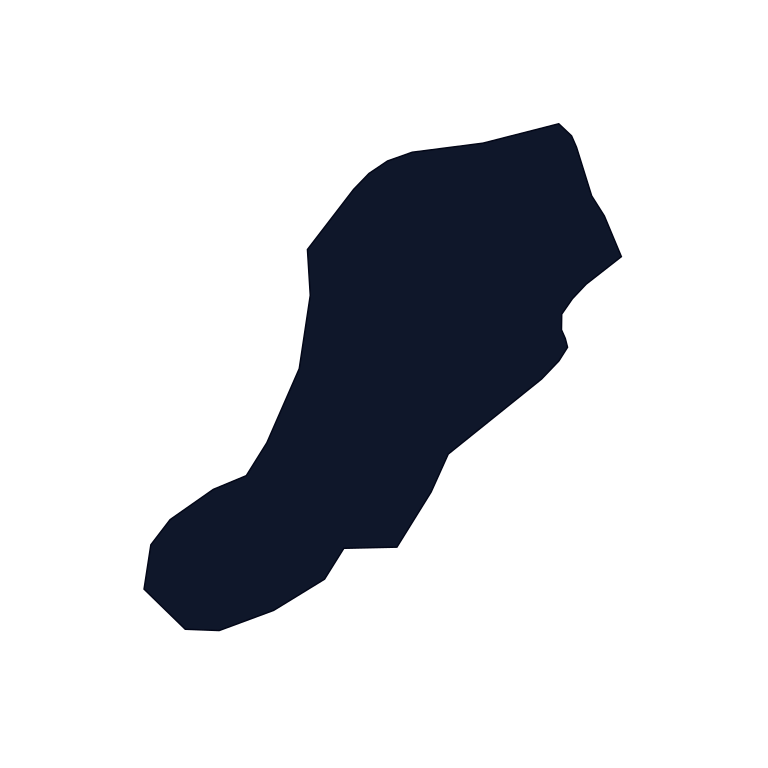 map outline of Jaunpiebalgas (Equal Earth projection), rotated 302°
{"feature_id": "LVA-5787", "entity_name": "Jaunpiebalgas", "entity_type": "Municipality", "adm_level": 1, "iso_a3": "LVA", "parent_name": "Latvia", "parent_adm1": "", "projection": "equal_earth", "projection_center": [25.988, 57.149], "detail": "fine", "context": "isolated", "style": "filled", "palette": "ink", "viewbox_px": 768, "rotation_deg": 302, "n_neighbors": 0, "source": "natural_earth", "source_scale": "10m", "svg_char_len": 612}
<svg xmlns="http://www.w3.org/2000/svg" viewBox="0 0 768 768"><g transform="rotate(302 384 384)"><path d="M457.5,247.8L533.0,255.1L554.6,259.7L575.0,268.8L595.5,285.1L640.7,340.3L697.3,394.3L693.8,411.6L686.8,421.8L653.6,460.4L643.3,481.8L617.8,517.8L575.7,502.5L556.2,498.6L537.4,497.7L524.0,505.8L518.7,513.6L512.4,520.2L496.3,520.1L471.7,515.0L358.6,475.6L317.4,481.2L252.5,481.4L223.4,437.0L187.0,437.0L133.6,410.4L87.6,374.9L70.7,345.4L82.9,289.2L124.1,271.5L155.7,274.5L204.2,295.1L233.3,315.8L272.1,315.8L352.1,304.0L420.1,274.5L457.5,247.8Z" fill="#0f172a" stroke="#020617" stroke-width="1.5"/></g></svg>